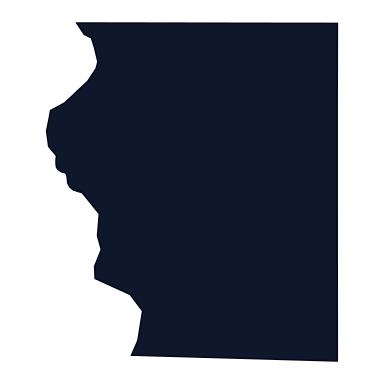 Sullivan, Indiana, United States of America (Equal Earth projection)
{"feature_id": "52423323B15974038514354", "entity_name": "Sullivan", "entity_type": "district", "adm_level": 2, "iso_a3": "USA", "parent_name": "United States of America", "parent_adm1": "Indiana", "projection": "equal_earth", "projection_center": [-87.538, 39.081], "detail": "fine", "context": "isolated", "style": "filled", "palette": "ink", "viewbox_px": 384, "rotation_deg": 0, "n_neighbors": 0, "source": "geoboundaries", "source_scale": "gbopen_adm2", "svg_char_len": 575}
<svg xmlns="http://www.w3.org/2000/svg" viewBox="0 0 384 384"><path d="M337.2,105.7L337.4,23.4L257.8,23.3L76.7,23.0L84.3,34.4L91.5,38.0L94.6,48.0L97.9,61.8L96.1,68.6L87.8,81.2L64.7,102.9L50.6,110.5L49.0,119.2L46.6,131.1L48.7,146.5L56.5,155.8L56.0,160.0L56.0,163.5L56.5,167.1L57.8,169.4L61.4,171.8L65.9,173.0L67.2,177.1L67.7,183.0L69.9,187.1L73.5,190.1L82.2,192.7L99.3,213.8L97.5,235.8L101.3,249.6L94.6,266.4L95.1,278.5L130.2,294.5L142.6,311.0L137.9,340.5L131.5,355.2L337.3,361.0L337.3,355.0L337.2,188.2L337.2,105.7Z" fill="#0f172a" stroke="#020617" stroke-width="1.5"/></svg>